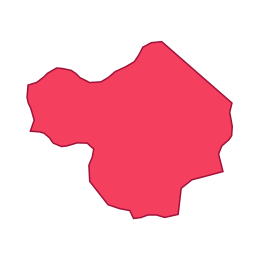 map outline of Nigde (Robinson projection), rotated 96°
{"feature_id": "TUR-3020", "entity_name": "Nigde", "entity_type": "Province", "adm_level": 1, "iso_a3": "TUR", "parent_name": "Turkey", "parent_adm1": "", "projection": "robinson", "projection_center": [34.715, 37.878], "detail": "fine", "context": "isolated", "style": "filled", "palette": "rose", "viewbox_px": 256, "rotation_deg": 96, "n_neighbors": 0, "source": "natural_earth", "source_scale": "10m", "svg_char_len": 819}
<svg xmlns="http://www.w3.org/2000/svg" viewBox="0 0 256 256"><g transform="rotate(96 128 128)"><path d="M95.8,231.9L92.1,223.4L86.0,217.0L82.0,213.8L75.8,205.3L75.7,199.5L76.6,190.6L79.3,185.5L82.9,181.2L86.8,171.0L85.0,159.8L79.7,152.7L73.3,146.7L67.6,137.1L61.4,128.6L53.9,124.7L46.1,121.7L40.7,113.7L38.6,103.5L92.3,27.2L101.7,28.5L115.4,24.5L124.8,24.1L129.1,26.4L136.1,32.9L144.4,35.2L161.4,29.0L172.8,59.0L182.4,68.8L208.7,69.1L213.1,82.2L211.5,90.6L212.4,99.0L215.7,105.8L217.4,113.0L209.9,117.6L209.1,127.8L206.4,139.8L185.1,160.5L169.1,163.0L160.8,160.5L152.5,159.9L147.3,167.1L148.1,177.0L152.2,186.9L153.4,192.2L150.9,200.6L148.6,202.9L146.0,204.9L141.9,211.1L141.1,215.4L141.4,224.8L130.0,222.1L118.6,226.7L113.6,229.8L108.1,231.6L95.8,231.9Z" fill="#f43f5e" stroke="#9f1239" stroke-width="1.5"/></g></svg>